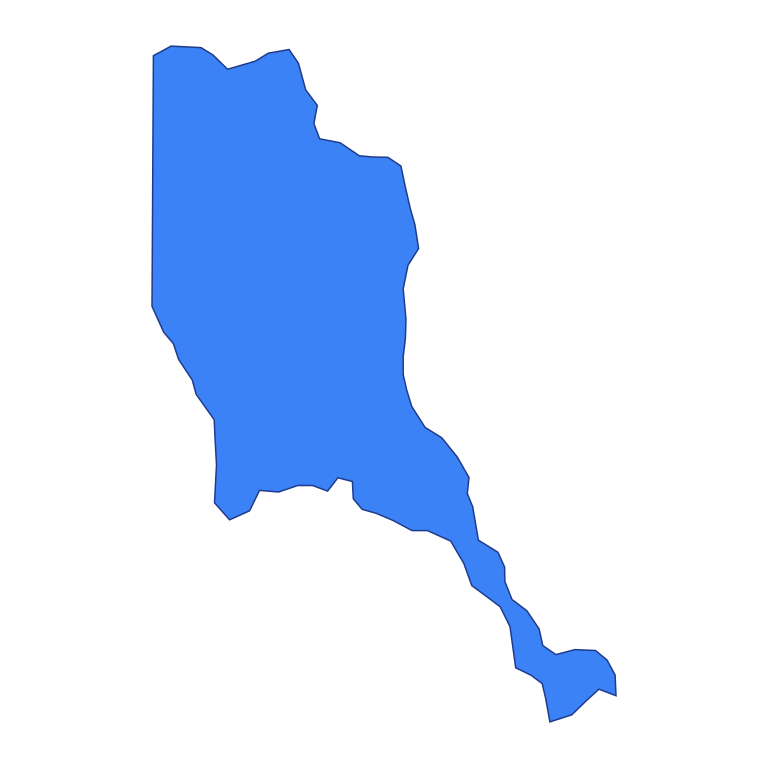 Canas, São Paulo, Brazil (Albers equal-area conic projection)
{"feature_id": "56859067B22920449697894", "entity_name": "Canas", "entity_type": "district", "adm_level": 2, "iso_a3": "BRA", "parent_name": "Brazil", "parent_adm1": "São Paulo", "projection": "albers", "projection_center": [-45.024, -22.743], "detail": "fine", "context": "isolated", "style": "filled", "palette": "blue", "viewbox_px": 768, "rotation_deg": 0, "n_neighbors": 0, "source": "geoboundaries", "source_scale": "gbopen_adm2", "svg_char_len": 1201}
<svg xmlns="http://www.w3.org/2000/svg" viewBox="0 0 768 768"><path d="M171.1,46.1L153.4,55.7L152.0,306.3L163.7,332.2L173.4,343.7L178.6,359.4L192.3,380.1L196.2,394.4L214.2,419.7L215.1,439.5L216.5,464.8L214.5,502.8L229.6,519.8L249.6,510.8L259.5,490.4L278.6,492.0L297.7,485.5L312.5,485.5L327.6,491.1L337.9,477.8L352.4,481.5L353.3,498.8L362.1,509.3L376.1,513.3L392.9,520.4L412.0,530.6L427.4,530.6L450.7,541.1L463.8,563.4L471.8,585.6L486.4,596.4L500.3,606.9L510.0,626.7L515.7,667.8L531.1,675.3L542.2,683.6L545.6,698.1L549.9,721.9L571.8,714.8L585.8,701.2L598.9,689.2L616.0,695.7L615.1,675.0L607.1,660.1L595.5,650.5L574.9,649.6L555.9,654.6L542.8,645.6L539.1,628.9L526.8,610.7L512.0,599.5L504.9,581.6L504.6,567.1L498.0,552.3L478.4,540.2L472.7,506.8L467.3,493.5L469.0,477.5L457.3,457.1L441.9,437.9L425.1,427.4L411.7,406.4L406.6,389.7L403.2,374.5L403.2,356.9L405.4,338.1L406.0,319.5L403.2,288.9L408.0,265.2L418.6,248.5L414.9,224.7L410.3,208.6L405.4,187.3L400.9,166.0L387.8,157.3L373.2,157.0L359.3,155.8L340.2,142.8L319.6,138.8L313.9,123.6L317.3,105.4L305.7,89.9L298.5,63.4L289.1,49.5L268.3,53.2L255.2,61.2L227.5,69.2L213.0,55.0L201.0,47.6L171.1,46.1Z" fill="#3b82f6" stroke="#1e3a8a" stroke-width="1.5"/></svg>